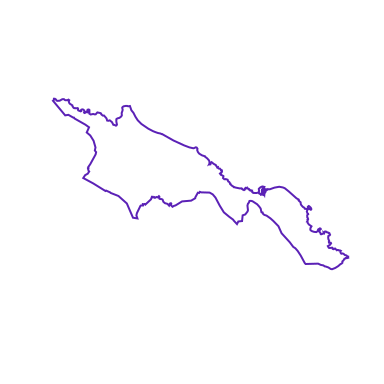 the district of Ilocos Sur, Ilocos Sur, Philippines, rotated 123°
{"feature_id": "2640588B69318666079956", "entity_name": "Ilocos Sur", "entity_type": "district", "adm_level": 2, "iso_a3": "PHL", "parent_name": "Philippines", "parent_adm1": "Ilocos Sur", "projection": "natural_earth1", "projection_center": [120.422, 17.287], "detail": "fine", "context": "isolated", "style": "outline", "palette": "violet", "viewbox_px": 384, "rotation_deg": 123, "n_neighbors": 0, "source": "geoboundaries", "source_scale": "gbopen_adm2", "svg_char_len": 6032}
<svg xmlns="http://www.w3.org/2000/svg" viewBox="0 0 384 384"><g transform="rotate(123 192 192)"><path d="M190.5,57.5L183.4,47.2L183.0,44.3L182.0,41.8L182.1,40.2L181.7,39.4L181.0,36.5L181.0,33.8L180.5,32.5L177.7,30.5L174.5,29.0L171.6,28.2L170.7,27.6L169.5,27.3L168.3,28.1L166.9,27.7L164.9,27.8L164.4,27.2L163.6,27.1L163.3,26.4L162.7,26.4L162.6,25.9L162.2,26.0L162.1,25.7L161.8,26.0L161.7,25.4L161.1,25.8L161.4,26.4L161.1,27.9L161.6,29.5L161.3,31.2L161.5,32.2L162.4,33.1L162.4,33.4L161.8,34.6L160.9,35.3L160.3,35.2L160.4,36.1L161.1,37.3L161.0,37.7L161.7,39.0L161.9,39.0L161.5,41.3L162.8,42.0L163.0,42.4L163.1,43.0L162.3,43.7L162.3,44.1L163.9,45.9L164.3,46.9L163.4,48.6L161.1,47.5L159.3,47.4L159.0,47.9L159.9,49.5L159.3,50.1L158.4,50.2L157.2,52.0L155.7,53.2L154.5,53.7L153.5,53.0L152.7,52.9L151.7,54.4L152.0,54.9L151.8,55.4L152.4,57.2L152.1,57.6L152.6,58.9L153.2,59.1L154.5,58.7L154.4,59.4L154.9,58.9L157.2,60.7L157.2,61.1L156.3,62.2L156.0,63.5L154.3,64.2L152.9,63.8L152.7,64.3L152.8,64.9L154.7,65.8L156.4,65.3L157.9,65.9L158.9,67.8L159.5,70.0L159.5,71.6L159.2,72.2L157.8,73.0L155.7,73.1L155.6,76.3L154.8,78.3L153.8,79.1L153.9,79.3L153.3,79.3L152.3,80.1L151.8,79.7L151.5,79.8L150.7,80.8L150.5,81.5L148.8,82.7L147.8,82.8L146.7,82.0L147.2,82.8L147.2,83.3L145.8,85.1L144.0,85.5L142.7,85.1L142.3,84.6L142.2,82.7L141.9,82.5L141.3,82.6L140.5,83.8L140.1,85.9L140.2,86.5L141.3,86.8L142.3,85.9L142.8,85.9L144.0,86.9L144.6,88.3L144.0,89.2L144.1,90.9L143.5,93.1L142.9,94.2L141.5,95.3L141.2,97.3L141.0,98.0L140.5,98.0L140.2,98.5L140.4,100.8L138.8,111.3L138.3,116.3L138.7,118.3L140.1,121.7L143.4,125.2L147.3,128.2L149.5,131.6L149.3,130.5L148.7,130.2L148.9,130.0L150.8,130.8L151.5,130.6L152.1,130.9L152.3,130.4L152.5,130.4L152.5,130.7L153.3,130.7L154.8,129.9L154.5,130.4L154.9,130.4L155.0,130.5L153.7,130.9L154.0,131.0L155.0,130.6L155.2,130.3L155.4,130.4L154.7,131.3L155.7,131.1L155.8,131.8L155.1,132.0L154.8,132.5L156.0,132.3L156.7,132.8L156.5,133.0L156.7,134.7L156.4,135.9L156.7,136.5L157.7,137.3L159.4,140.1L159.3,141.3L158.9,141.4L158.5,142.7L158.2,142.7L158.5,143.6L158.6,143.4L159.1,143.8L158.9,145.0L158.5,145.5L158.9,146.0L158.5,146.8L158.8,147.6L158.5,148.1L159.2,148.2L159.3,149.3L160.3,149.5L160.7,149.1L161.4,149.0L162.1,149.4L162.2,150.8L161.7,150.6L162.2,150.8L161.9,151.8L162.0,152.6L162.9,153.7L164.6,158.0L164.9,159.6L165.1,159.3L165.2,159.5L164.9,160.6L165.0,161.5L164.6,164.2L164.1,164.4L164.2,164.8L163.5,165.7L163.3,166.6L163.4,167.4L162.3,168.8L162.8,170.8L163.3,171.1L163.7,171.9L163.4,173.6L162.0,174.0L161.5,174.4L161.7,176.3L161.5,177.1L161.8,177.3L161.3,178.6L160.7,178.4L160.8,178.0L160.7,178.2L159.4,177.8L158.3,178.1L157.5,178.8L157.6,179.6L157.9,179.7L157.5,180.3L157.2,181.4L157.8,182.4L157.6,183.8L157.3,183.9L157.7,184.2L157.1,185.2L156.6,186.8L156.4,186.9L156.6,189.1L156.3,191.8L157.4,192.1L158.8,191.6L159.2,192.0L159.0,192.7L159.2,192.8L157.9,193.0L157.7,193.5L157.1,193.8L156.2,195.1L155.5,197.7L155.3,200.3L155.0,200.6L155.8,203.5L155.9,206.9L155.2,208.9L154.0,210.5L152.8,210.9L152.2,212.2L152.4,213.1L154.4,214.4L154.8,215.2L156.0,218.5L157.2,224.0L158.9,235.6L159.7,248.7L160.0,249.0L160.1,250.2L161.1,252.8L161.7,255.3L162.2,257.8L162.7,263.1L162.5,271.5L161.4,276.6L159.7,280.4L157.5,284.2L156.5,287.3L153.7,290.9L154.9,292.2L155.1,293.2L156.0,294.6L157.5,296.1L158.7,296.5L159.4,296.4L160.6,295.1L161.6,294.6L164.1,294.0L165.9,292.6L167.2,292.5L169.3,293.2L170.6,294.4L171.8,295.1L172.5,294.9L174.3,293.7L176.3,291.7L177.2,291.6L177.8,291.9L178.0,293.7L178.5,294.5L177.0,297.2L176.7,300.0L177.8,300.9L178.3,302.1L176.9,303.7L176.5,304.9L175.8,307.5L176.5,308.4L176.3,310.4L175.7,310.9L175.7,311.8L176.8,314.7L179.3,315.1L179.9,315.9L180.4,317.4L182.2,319.2L182.2,320.7L179.1,322.7L179.0,323.2L179.2,323.8L179.9,324.4L181.0,324.1L181.5,323.0L181.9,322.6L182.9,324.9L183.3,325.2L183.8,324.8L184.3,325.2L184.2,325.8L183.1,326.1L182.3,326.7L182.1,328.1L182.5,329.1L183.2,329.6L183.8,329.7L184.5,329.0L185.0,329.3L185.5,331.8L185.2,332.4L184.2,332.9L183.9,333.6L185.1,335.0L185.3,335.8L185.8,336.3L185.9,337.1L185.2,338.9L184.5,339.5L184.5,342.7L184.2,343.4L183.2,344.7L181.9,344.9L181.8,345.9L182.8,346.5L183.9,348.0L184.1,348.7L183.9,350.0L184.8,351.3L187.5,352.7L188.9,354.6L189.1,355.5L188.5,356.5L188.5,357.8L189.0,358.6L190.5,357.9L191.2,358.2L196.8,340.1L194.6,337.7L194.3,332.3L193.9,331.4L194.3,330.8L194.3,329.9L193.6,318.1L193.8,313.6L199.4,312.7L200.0,308.1L202.6,302.5L207.2,297.2L210.1,296.1L210.8,294.1L213.0,293.3L224.0,292.5L227.7,292.6L228.2,291.9L228.8,292.2L229.3,291.7L230.6,290.2L230.8,289.4L233.4,289.4L236.1,290.8L239.5,290.8L238.6,279.5L238.3,265.1L237.6,264.8L236.9,260.4L237.1,259.8L235.4,251.5L237.1,240.4L245.7,227.5L243.9,223.4L241.9,225.9L239.7,226.7L231.7,227.7L231.1,227.5L230.0,225.7L229.6,225.8L229.6,226.1L228.9,226.6L228.3,225.4L227.9,225.3L227.5,224.5L227.7,224.2L220.5,222.4L218.0,223.0L217.9,222.2L217.3,222.1L217.4,221.2L216.9,220.8L217.2,220.5L217.1,219.9L215.5,219.0L215.2,217.9L213.5,217.5L213.7,216.8L215.3,215.9L215.3,215.0L214.5,213.6L214.4,212.5L215.8,210.7L216.1,208.6L215.3,206.1L215.9,203.8L213.7,204.2L212.9,203.6L213.0,203.1L214.6,202.3L215.0,200.3L213.5,199.6L212.2,198.5L205.3,195.2L199.7,188.0L195.5,185.9L194.7,186.3L189.4,186.7L188.9,185.5L187.6,185.5L187.3,184.1L182.9,176.9L182.7,173.3L183.9,169.3L188.4,161.2L191.7,154.2L192.5,147.3L192.8,142.3L193.2,141.6L194.4,136.8L191.5,137.1L189.1,134.2L184.0,136.8L181.8,135.1L178.1,134.8L176.7,135.2L173.2,138.1L171.3,138.7L170.0,138.5L168.2,138.9L167.3,137.7L166.8,136.3L166.8,130.7L167.6,127.7L168.5,125.4L171.1,122.8L171.2,122.5L170.7,121.7L171.7,120.3L171.8,118.8L171.2,116.6L171.4,111.8L172.0,108.0L173.6,100.9L177.8,94.4L180.9,82.6L182.9,77.2L182.9,74.7L183.9,71.2L186.1,66.2L190.2,58.7L190.5,57.5ZM156.4,132.7L154.5,133.0L151.8,134.6L148.4,134.3L148.9,135.8L149.4,136.3L150.9,137.2L152.9,137.7L153.9,137.0L154.4,136.3L156.1,135.8L156.4,134.9L156.4,132.7ZM153.1,131.4L149.8,132.7L149.6,133.0L151.8,133.0L153.7,132.5L154.5,131.5L153.1,131.4Z" fill="none" stroke="#5b21b6" stroke-width="2"/></g></svg>